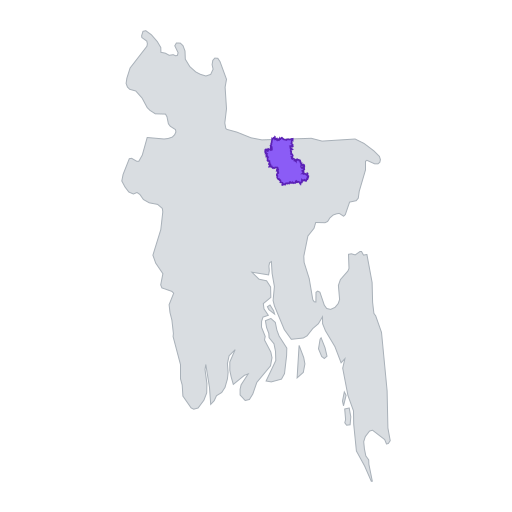 Netrakona, Dhaka, Bangladesh (highlighted)
{"feature_id": "16705992B47191620994273", "entity_name": "Netrakona", "entity_type": "district", "adm_level": 2, "iso_a3": "BGD", "parent_name": "Bangladesh", "parent_adm1": "Dhaka", "projection": "equal_earth", "projection_center": [90.87, 24.887], "detail": "fine", "context": "in_parent", "style": "filled", "palette": "violet", "viewbox_px": 512, "rotation_deg": 0, "n_neighbors": 0, "source": "geoboundaries", "source_scale": "gbopen_adm2", "svg_char_len": 9661}
<svg xmlns="http://www.w3.org/2000/svg" viewBox="0 0 512 512"><path d="M180.5,378.8L180.5,364.6L173.1,336.6L173.4,333.5L171.9,320.1L170.0,312.6L169.1,304.7L173.7,293.2L171.9,291.4L161.9,287.9L160.7,284.9L162.9,273.7L155.7,263.1L152.9,255.2L160.8,229.6L162.8,211.8L162.3,208.4L157.6,204.4L149.2,202.8L143.4,199.5L139.9,194.5L137.0,192.5L133.4,194.0L128.8,192.0L125.0,187.0L121.8,181.0L123.1,174.4L129.3,158.7L131.6,158.3L136.8,161.3L138.8,161.3L142.3,155.1L147.2,137.5L164.1,139.0L168.1,138.5L172.3,137.1L174.6,134.8L175.9,132.0L175.5,129.6L170.3,126.3L168.4,123.8L167.0,116.8L165.5,114.1L155.3,113.8L150.1,110.5L147.2,107.6L142.1,98.1L135.8,91.0L129.7,89.3L127.4,87.0L126.1,83.4L126.9,78.1L130.1,68.0L146.9,46.3L147.4,43.8L146.8,41.1L141.9,37.6L141.6,35.9L143.0,31.3L145.8,30.7L151.5,34.9L157.3,41.6L160.8,47.5L160.9,52.3L165.4,53.2L169.2,55.3L173.2,54.7L175.7,55.8L177.4,55.4L178.1,52.7L174.8,45.8L176.4,43.0L180.3,43.1L183.0,45.7L185.0,51.0L185.3,59.2L189.8,66.6L195.7,71.9L200.3,74.3L205.9,76.0L210.7,74.4L213.1,69.2L212.1,64.6L212.8,60.4L214.8,58.1L217.8,58.3L220.0,61.6L226.5,79.3L225.1,87.2L226.5,108.7L224.8,123.0L225.8,128.5L226.9,129.4L236.8,132.1L251.0,137.8L261.9,139.9L311.3,138.3L322.1,141.1L355.1,139.0L364.1,143.5L373.9,150.9L379.4,156.4L380.4,159.6L379.8,162.3L378.0,163.8L374.6,163.8L366.9,160.3L365.5,161.3L365.5,169.9L359.2,191.4L358.3,198.1L356.2,200.7L349.6,202.1L345.3,214.6L343.6,216.2L339.3,213.4L336.6,213.8L333.2,215.0L329.9,217.9L327.6,221.5L325.0,222.7L315.7,222.5L314.0,228.3L307.9,236.0L303.8,256.2L304.1,262.4L309.2,278.6L312.8,299.7L314.2,301.8L315.9,302.0L316.0,292.3L317.7,291.1L319.9,292.2L324.3,305.2L326.7,308.5L330.6,309.4L335.0,307.4L338.2,303.6L339.6,299.5L338.4,285.4L340.4,279.6L347.9,271.0L349.0,268.4L348.5,254.3L351.4,253.8L355.2,254.9L360.0,251.5L361.5,251.5L363.5,255.1L366.9,254.5L372.1,282.5L372.6,302.4L373.9,313.4L375.7,315.9L381.5,332.4L387.1,390.8L387.9,428.0L390.2,440.7L388.3,443.5L386.5,444.0L384.7,439.6L372.5,430.2L369.5,431.1L365.3,436.6L363.7,441.7L364.4,448.8L365.8,455.9L368.7,459.9L368.9,464.4L372.3,481.2L371.3,481.3L364.6,466.0L356.4,451.0L353.7,424.1L353.5,410.9L347.9,395.3L342.7,368.2L344.9,358.7L341.1,362.8L334.9,346.6L325.4,330.7L322.6,323.7L322.5,316.8L318.4,323.7L312.8,328.5L307.1,335.8L303.3,338.0L291.3,339.3L284.3,329.6L274.4,305.8L273.1,300.5L274.4,286.5L272.1,273.3L271.4,261.6L269.6,262.7L268.9,265.9L269.3,270.8L268.6,274.9L251.9,272.2L259.0,279.2L266.6,280.8L270.6,287.0L270.8,297.4L263.3,303.6L264.0,308.9L268.3,315.3L263.0,317.1L261.6,321.3L261.5,327.2L265.2,336.4L264.5,340.0L270.8,352.0L272.0,357.7L270.5,365.9L256.8,382.4L252.8,394.0L249.4,399.5L245.2,400.5L240.1,395.0L240.1,389.3L241.1,384.8L248.2,373.9L244.4,375.3L233.3,384.4L231.2,377.0L229.8,370.3L229.8,362.0L235.2,349.6L229.1,355.7L227.4,363.5L228.1,372.6L227.4,379.0L225.0,387.4L221.7,392.5L216.5,395.7L214.2,400.7L210.7,404.4L209.5,387.4L205.8,364.5L205.0,369.4L206.9,383.6L206.7,392.9L203.9,400.2L198.1,408.0L193.7,409.2L191.1,407.9L182.9,396.1L182.2,385.0L180.5,378.8ZM281.5,379.1L271.3,381.9L266.1,381.0L275.8,360.5L275.5,351.3L274.0,343.8L269.1,337.7L268.8,333.4L266.6,327.6L265.4,320.7L270.9,318.5L275.3,322.4L276.9,330.2L279.1,336.1L286.8,348.1L286.6,355.5L284.5,373.6L281.5,379.1ZM303.3,372.4L297.1,377.9L299.1,345.4L303.7,357.5L304.9,363.9L303.3,372.4ZM327.0,356.2L324.3,358.5L321.7,356.5L318.5,348.8L320.1,339.2L321.1,337.8L325.0,347.7L327.0,356.2ZM350.1,424.8L346.6,425.2L344.8,422.8L345.6,419.6L344.7,409.0L349.2,408.0L350.8,416.8L350.1,424.8ZM346.1,395.3L343.5,405.8L342.5,401.1L344.3,391.9L346.1,395.3ZM273.6,310.7L274.6,314.1L268.9,309.7L267.4,306.7L270.0,305.0L273.6,310.7Z" fill="#d9dde1" stroke="#a8b0b8" stroke-width="1"/><path d="M305.7,180.7L305.9,180.5L306.3,180.7L306.6,179.1L307.2,179.0L307.5,179.2L307.7,178.9L307.9,178.0L307.3,177.8L307.4,177.3L307.9,177.5L308.2,177.3L308.4,176.9L308.4,176.0L307.8,175.9L307.1,175.2L307.5,174.9L307.7,173.5L307.5,173.3L307.3,173.2L307.2,173.8L306.7,174.4L306.4,174.3L306.4,174.7L306.0,174.3L305.9,174.5L304.8,173.5L304.2,173.4L303.9,174.1L303.6,174.0L303.6,173.5L302.6,173.5L303.2,173.1L303.2,172.6L302.9,172.1L302.9,171.8L303.1,171.7L303.4,172.2L303.6,172.1L303.6,171.7L303.2,171.7L303.0,171.1L302.5,171.2L302.2,170.9L303.2,170.2L303.6,170.4L303.6,169.9L304.0,169.6L304.0,169.2L304.3,169.2L304.2,168.3L303.7,168.3L303.9,167.5L304.4,166.9L304.3,165.5L303.9,165.4L303.9,165.0L303.6,165.1L303.3,164.7L302.7,165.7L303.1,166.1L303.3,166.9L303.0,166.9L302.7,167.6L302.8,168.0L302.0,168.2L301.9,167.7L301.1,167.1L300.9,166.3L301.4,164.7L302.0,164.5L301.6,164.2L301.6,163.8L301.4,164.0L301.0,163.9L300.7,162.9L300.4,162.7L300.4,162.2L300.6,162.4L300.7,162.1L300.3,161.1L300.1,161.0L300.1,160.7L299.5,160.8L299.5,160.4L299.3,160.5L298.9,159.9L298.3,159.9L298.3,159.7L297.9,159.6L297.5,159.8L297.5,159.7L297.2,159.7L297.0,159.2L296.6,159.5L296.7,159.9L296.2,160.5L296.1,161.2L295.9,160.8L295.4,161.0L295.3,160.7L295.6,160.6L295.3,160.4L295.3,160.0L294.7,160.4L294.3,160.5L294.2,159.2L294.0,158.8L293.2,158.5L292.8,158.6L292.8,158.8L292.7,158.5L292.3,159.0L291.7,158.4L291.9,157.9L291.8,156.8L291.5,157.0L291.4,156.8L292.3,156.6L292.7,156.1L292.8,155.3L292.5,155.1L292.1,154.2L291.4,154.3L291.4,154.0L291.1,154.0L291.2,153.4L290.9,153.2L291.1,152.6L291.3,152.6L291.3,151.7L291.0,151.8L290.7,151.4L290.6,150.6L290.8,149.9L291.6,149.5L291.9,149.6L292.4,149.3L291.6,148.9L291.5,148.6L290.5,148.6L290.3,147.7L290.4,147.4L290.3,147.2L290.7,147.0L290.5,146.4L290.2,146.1L291.2,145.8L291.9,146.7L292.2,146.5L292.6,146.7L292.9,146.4L292.7,145.9L292.5,145.2L292.8,144.9L292.7,144.7L292.1,144.3L291.3,143.3L291.8,142.9L291.8,142.0L291.6,141.9L291.7,141.6L291.6,140.6L292.0,140.6L292.3,140.1L292.5,140.2L292.4,139.9L292.7,139.7L292.2,139.1L292.4,138.8L291.4,138.9L291.3,139.1L290.2,139.5L288.9,139.6L288.4,139.2L287.7,139.2L287.0,139.7L286.7,139.6L286.5,139.9L286.3,139.7L286.2,139.9L285.7,139.9L285.4,139.8L285.2,139.4L285.2,139.6L284.9,139.6L283.9,139.5L283.7,139.1L283.7,139.4L283.2,139.2L283.1,138.7L282.7,138.6L282.5,138.1L281.9,138.2L281.7,137.7L280.7,138.3L280.4,138.7L280.6,138.9L280.5,139.1L280.3,139.0L279.8,139.4L279.5,139.3L279.4,138.9L279.3,139.2L279.0,139.2L278.9,139.6L279.2,139.4L279.5,139.6L279.3,139.9L279.0,139.9L278.9,140.1L278.6,139.9L278.5,139.5L278.1,139.4L277.9,139.1L277.6,139.1L277.4,139.6L277.1,139.3L276.9,140.0L276.4,139.4L276.0,139.4L275.9,139.0L276.2,138.6L275.6,138.7L275.6,138.4L275.3,139.2L275.1,139.3L274.9,137.3L275.0,136.9L274.9,136.8L274.6,137.8L274.1,137.0L274.3,137.5L274.2,138.0L273.9,138.1L273.6,137.9L273.5,138.2L273.7,138.6L273.2,138.5L272.8,138.8L272.4,138.6L272.1,138.4L272.0,139.0L272.2,139.8L271.9,140.4L271.9,140.9L271.6,141.2L271.9,142.1L271.5,142.5L271.4,142.9L271.3,143.3L271.4,143.5L271.2,143.7L271.5,144.1L271.1,144.5L271.2,144.9L270.5,145.6L271.0,146.2L270.7,146.4L270.6,147.6L271.1,147.1L271.0,146.9L271.1,146.7L271.4,146.5L271.7,146.7L271.7,147.0L271.5,147.3L271.8,147.5L272.0,148.0L271.5,148.1L271.7,148.4L271.4,148.8L271.4,149.2L271.7,149.5L271.4,149.6L271.6,149.8L271.6,150.0L271.0,149.9L270.7,149.5L270.4,150.0L269.8,149.4L269.1,149.4L268.3,148.9L268.1,149.6L267.5,149.4L267.4,149.6L267.5,150.0L268.2,150.3L268.1,150.9L267.7,151.2L267.3,150.9L266.8,149.8L266.5,150.3L266.1,149.8L265.9,150.8L265.7,149.7L265.4,149.7L265.1,150.0L265.2,150.6L265.3,150.5L265.7,150.8L265.2,151.3L265.0,151.9L265.6,152.0L265.6,152.3L265.8,152.5L265.6,153.3L266.1,153.1L266.2,153.8L266.8,153.8L266.4,154.3L266.2,155.9L266.4,156.0L266.4,156.3L266.9,156.1L267.1,155.8L267.2,156.3L266.9,156.6L267.5,156.6L267.7,157.0L268.0,157.1L268.0,157.3L267.7,157.3L267.4,157.8L267.4,158.6L267.6,158.7L267.8,159.3L267.6,159.5L267.7,159.9L267.4,160.2L267.4,160.5L267.8,161.0L268.3,160.9L268.6,161.1L268.9,160.9L269.4,161.0L269.3,161.6L269.6,162.0L269.4,162.1L269.4,162.8L269.6,163.2L269.3,163.3L269.4,163.8L268.9,163.9L268.9,164.3L269.3,164.5L269.5,164.3L269.7,164.6L270.0,164.2L270.5,164.4L270.5,164.9L270.3,164.8L269.9,165.8L269.2,166.3L269.1,166.7L269.5,166.6L270.0,165.9L270.1,166.1L270.2,166.7L270.9,166.7L271.3,166.9L271.7,166.5L271.9,167.2L272.5,167.4L272.6,168.0L273.6,167.7L274.0,168.3L275.2,167.8L275.3,167.4L275.7,167.6L276.7,167.4L277.0,167.7L277.5,167.5L277.7,167.8L277.3,168.7L278.1,169.0L278.3,169.3L278.3,169.6L278.1,170.0L277.6,170.2L277.4,169.7L276.9,169.6L276.8,169.8L276.9,170.6L276.7,170.9L277.9,171.3L277.9,172.0L278.3,172.1L278.4,173.0L278.1,173.3L277.5,173.1L277.1,174.1L276.8,174.3L276.8,175.4L277.3,175.4L277.5,175.9L277.3,176.1L277.4,176.4L277.2,176.6L277.1,177.4L277.3,177.9L278.3,179.3L278.7,179.0L278.8,179.3L279.4,179.3L279.6,180.2L280.4,180.2L280.6,181.0L280.3,182.3L281.2,182.5L281.5,182.2L281.4,181.9L281.8,182.6L282.5,182.7L282.6,183.5L282.2,184.4L282.2,184.6L282.6,184.4L282.3,184.8L282.6,185.0L282.8,184.7L283.3,184.6L283.1,184.2L283.6,184.6L283.8,184.5L283.7,184.2L284.0,184.0L284.4,184.5L285.1,184.7L285.2,184.3L285.7,183.8L285.6,183.7L285.7,183.4L286.1,183.2L286.5,183.2L286.5,183.6L287.4,183.7L287.5,183.2L287.8,183.1L288.6,183.3L288.8,183.2L289.1,183.6L289.5,183.1L289.6,182.1L290.2,181.9L290.5,182.2L290.5,182.6L290.8,183.0L291.2,182.8L291.7,183.0L292.2,182.3L292.4,182.8L293.1,183.2L293.5,182.7L294.0,183.0L294.7,183.0L295.0,182.7L295.5,182.9L295.6,182.7L295.7,181.4L296.2,180.8L296.8,181.3L296.5,181.7L296.6,182.3L297.0,182.4L297.5,182.0L297.8,182.1L298.1,181.8L298.6,181.7L299.3,182.5L299.7,182.7L299.8,183.0L300.0,182.9L300.1,183.2L300.2,182.8L300.5,183.2L300.5,182.5L301.2,182.7L301.5,182.3L301.9,182.4L302.2,181.5L301.8,180.9L301.9,179.9L302.4,180.5L302.8,180.2L302.9,180.3L303.3,180.1L303.9,180.7L304.5,179.8L305.1,180.4L305.5,180.2L305.7,180.7Z" fill="#8b5cf6" stroke="#5b21b6" stroke-width="1.5"/></svg>